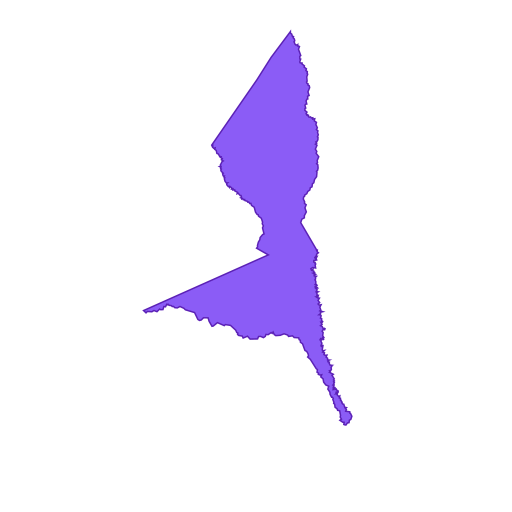 the district of Tahuamanu, Madre de Dios, Peru, rotated 246°
{"feature_id": "86281439B15199345066694", "entity_name": "Tahuamanu", "entity_type": "district", "adm_level": 2, "iso_a3": "PER", "parent_name": "Peru", "parent_adm1": "Madre de Dios", "projection": "albers", "projection_center": [-70.382, -10.903], "detail": "fine", "context": "isolated", "style": "filled", "palette": "violet", "viewbox_px": 512, "rotation_deg": 246, "n_neighbors": 0, "source": "geoboundaries", "source_scale": "gbopen_adm2", "svg_char_len": 6091}
<svg xmlns="http://www.w3.org/2000/svg" viewBox="0 0 512 512"><g transform="rotate(246 256 256)"><path d="M65.9,273.2L68.0,274.5L68.1,276.1L70.6,278.4L73.8,278.3L74.3,277.8L75.6,278.3L77.7,274.8L79.1,276.2L80.6,275.7L80.8,276.8L81.8,275.5L84.9,275.9L85.5,275.0L87.1,274.7L87.4,275.2L89.3,274.8L89.3,275.6L89.7,274.5L91.7,275.3L92.4,274.4L94.1,275.6L94.1,274.4L96.2,273.7L97.0,274.2L97.5,273.1L97.7,274.2L98.3,273.4L99.0,273.8L98.4,275.3L99.4,275.5L98.7,275.9L99.2,276.2L100.0,275.4L101.9,275.2L101.9,274.2L103.5,274.5L103.8,273.8L102.5,272.7L102.6,272.1L104.3,273.2L104.3,273.9L104.8,273.3L105.8,274.5L106.8,273.8L107.1,275.2L108.1,275.2L108.5,276.1L109.7,275.8L110.0,276.8L111.3,276.4L111.9,277.5L116.1,276.9L116.5,278.5L119.9,275.8L120.1,276.7L121.3,276.5L121.0,277.8L121.8,278.8L123.6,279.2L124.3,280.3L125.1,280.1L125.2,281.0L126.2,279.3L128.4,279.2L129.2,279.9L130.2,278.7L131.1,279.5L131.1,280.7L132.0,279.1L133.5,279.8L135.2,278.9L136.6,280.5L137.2,278.8L138.3,278.0L139.7,279.2L141.1,277.8L141.9,280.0L142.3,278.5L143.3,278.3L147.0,280.8L147.4,280.3L146.8,279.0L147.5,278.8L149.6,280.8L151.5,280.6L152.6,281.3L153.4,280.4L154.2,281.4L153.1,281.9L153.3,283.1L152.3,283.2L152.4,283.9L153.1,283.9L153.8,282.8L154.4,283.6L154.0,284.8L156.1,284.5L158.8,286.2L160.4,285.8L161.5,287.5L160.7,288.7L161.5,289.5L162.1,289.0L161.4,288.4L161.8,287.8L164.7,287.8L166.1,286.6L166.7,288.6L169.2,288.3L168.6,289.8L169.1,290.3L170.3,289.6L172.0,290.5L173.0,289.6L174.9,291.2L176.0,291.0L176.7,289.7L177.1,291.5L178.4,292.1L178.0,294.3L179.9,292.1L180.2,293.2L183.3,293.5L185.0,295.6L185.4,293.8L186.9,293.2L187.5,295.2L190.2,294.6L191.7,296.8L192.7,295.2L194.1,294.4L193.5,295.9L194.7,297.0L195.2,295.6L196.4,296.4L197.9,296.3L198.0,298.2L199.1,296.6L200.3,298.1L202.0,297.5L201.7,299.3L202.6,298.9L202.8,297.3L203.9,297.5L204.3,299.8L205.2,299.7L205.9,298.5L206.4,299.4L208.5,300.3L210.3,300.2L210.8,301.1L212.4,301.6L212.9,303.0L214.2,301.1L215.1,301.5L215.1,302.9L217.1,301.2L216.7,303.4L217.6,302.1L218.5,302.7L219.5,301.9L220.6,302.6L220.4,300.9L222.1,300.9L222.4,303.1L220.8,305.6L223.6,306.3L224.4,307.3L225.1,306.9L226.1,307.4L227.0,306.3L228.4,307.0L227.7,309.8L229.4,309.9L230.6,311.4L230.7,310.0L229.8,309.2L230.6,309.0L231.9,311.5L233.0,312.1L233.6,314.3L235.0,313.6L236.1,314.2L235.8,313.1L236.5,313.9L268.3,310.4L271.0,312.9L271.2,315.7L273.2,316.6L275.8,319.9L280.1,320.3L282.4,322.7L284.3,321.7L285.8,322.5L288.8,322.4L290.5,323.5L290.8,324.7L291.8,325.2L292.3,327.8L293.9,329.5L294.4,332.0L296.3,333.4L296.4,335.3L299.0,336.9L299.4,338.6L302.1,340.6L303.8,343.6L307.8,345.8L308.8,345.7L309.2,347.1L311.1,348.5L314.2,349.6L315.7,348.9L316.3,350.2L318.3,350.7L321.2,353.7L325.4,352.7L326.8,354.1L329.5,353.7L332.4,356.8L334.0,355.8L334.3,357.3L335.8,357.1L335.7,358.1L337.0,359.8L339.2,360.9L339.9,360.6L341.4,362.2L343.7,362.4L345.2,363.5L346.9,362.6L348.2,364.2L351.8,364.2L353.5,365.6L355.8,364.2L357.5,365.5L358.0,363.5L359.2,364.1L359.6,362.8L360.9,362.4L361.2,361.0L363.1,360.5L363.3,361.1L364.4,360.3L364.3,359.7L365.8,359.7L366.7,361.1L369.2,359.9L370.9,360.8L370.9,361.6L373.8,362.0L374.5,363.1L374.2,364.2L377.3,364.8L378.6,366.4L378.4,367.2L381.0,368.1L381.0,369.8L384.8,370.2L388.0,373.5L389.9,373.9L391.2,373.0L392.1,373.6L393.1,372.8L394.4,372.9L394.9,373.8L399.0,375.2L401.1,377.2L401.9,376.9L403.6,377.9L405.1,377.0L406.5,378.2L409.0,376.8L410.0,377.6L412.8,376.1L413.5,376.6L414.5,374.9L415.5,374.9L417.7,376.9L418.2,376.2L420.6,377.2L420.9,378.4L427.6,378.9L429.7,380.9L431.1,379.7L431.9,380.0L431.6,379.5L432.1,379.6L432.6,378.2L433.7,377.8L436.3,377.9L436.8,378.9L438.7,379.3L440.3,378.7L441.2,379.5L442.0,378.6L444.2,378.9L445.6,378.1L447.0,378.7L431.3,350.6L416.6,328.5L375.3,260.6L374.0,260.6L374.6,261.4L372.9,260.7L371.5,261.2L371.4,262.6L370.2,261.7L368.6,262.6L365.6,262.0L364.5,263.1L361.8,263.3L361.0,264.4L360.6,263.6L358.7,264.8L358.0,263.5L356.2,264.7L356.1,263.5L353.6,260.4L352.0,260.4L352.4,259.2L351.3,259.9L350.2,259.2L349.5,259.7L348.8,258.8L347.5,258.7L345.0,259.7L344.9,259.0L342.7,258.6L341.9,259.7L341.3,258.8L340.1,259.3L339.5,258.5L336.8,258.1L334.9,258.6L334.4,259.7L334.1,258.6L332.9,258.3L330.5,259.0L330.4,260.1L329.6,259.9L330.0,260.5L328.1,261.5L327.1,260.8L326.8,262.3L325.7,261.7L325.1,263.4L324.1,263.1L321.7,265.0L320.6,264.1L320.6,265.2L317.5,266.2L317.3,266.9L315.5,266.7L315.4,265.8L314.8,266.4L313.9,266.1L313.7,267.2L312.5,267.3L312.2,268.6L311.2,268.4L309.5,270.3L308.5,270.4L308.3,271.3L306.4,271.7L306.2,272.7L304.0,272.5L301.3,274.2L296.3,273.4L293.6,273.9L292.7,274.8L291.4,274.5L288.3,276.2L284.3,275.8L282.9,274.8L280.5,275.0L279.1,273.4L272.9,272.3L272.9,270.8L271.2,267.3L269.3,266.1L267.7,263.8L265.0,261.6L263.7,261.2L262.9,259.7L252.0,267.7L251.9,131.1L248.8,132.4L249.5,134.2L247.4,138.2L247.7,140.6L245.4,142.9L246.7,146.4L245.7,147.1L244.9,149.2L247.3,151.3L246.4,152.7L248.2,154.8L247.2,155.6L247.6,156.1L246.2,156.7L245.1,158.5L243.9,158.9L243.5,160.1L241.8,160.8L240.6,163.0L240.8,166.0L237.5,168.9L235.6,169.6L229.3,176.9L221.7,177.1L220.1,178.2L219.8,179.9L220.9,182.9L219.0,187.1L215.4,186.6L209.7,187.2L209.4,188.4L210.8,193.7L205.3,198.7L205.8,200.1L203.0,204.5L196.5,207.3L194.0,207.3L193.0,208.1L192.0,207.3L190.6,207.7L188.4,210.9L186.3,210.9L186.2,215.6L182.5,216.8L179.6,223.7L181.4,225.6L180.6,227.6L178.4,229.6L178.8,231.8L180.3,233.2L179.2,235.1L179.9,238.7L178.7,239.3L179.6,240.7L176.8,240.7L175.2,241.7L173.7,245.9L173.5,250.0L170.9,252.8L169.3,253.0L168.2,256.9L166.0,257.7L163.9,261.7L162.0,261.4L161.0,262.2L159.2,261.5L156.9,262.8L149.8,262.3L148.2,263.5L145.6,263.8L143.3,263.3L142.7,262.1L139.5,263.6L128.5,265.2L127.3,265.9L125.0,264.5L123.5,265.5L122.5,264.8L121.1,266.2L120.8,267.7L119.2,266.0L116.6,267.3L113.2,266.5L109.8,267.3L107.5,269.5L105.2,267.5L101.6,268.1L99.5,267.4L96.2,267.6L95.9,268.4L94.4,268.6L93.6,267.8L90.7,267.7L89.8,267.0L88.6,267.6L85.7,266.7L83.5,267.9L81.8,267.8L80.6,269.5L76.0,268.4L74.6,267.4L72.2,267.7L71.8,265.8L68.9,267.6L68.2,268.9L66.4,267.7L65.8,268.2L65.0,269.4L66.3,271.6L65.9,273.2Z" fill="#8b5cf6" stroke="#5b21b6" stroke-width="1.5"/></g></svg>